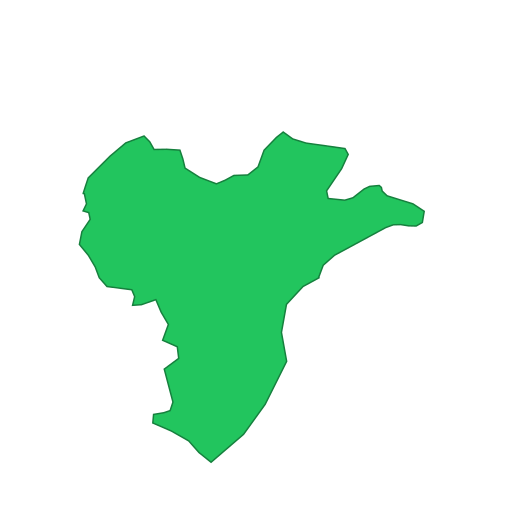 the border of Causeni, rotated 242°
{"feature_id": "MDA-1649", "entity_name": "Causeni", "entity_type": "District", "adm_level": 1, "iso_a3": "MDA", "parent_name": "Moldova", "parent_adm1": "", "projection": "equal_earth", "projection_center": [29.315, 46.605], "detail": "fine", "context": "isolated", "style": "filled", "palette": "green", "viewbox_px": 512, "rotation_deg": 242, "n_neighbors": 0, "source": "natural_earth", "source_scale": "10m", "svg_char_len": 1235}
<svg xmlns="http://www.w3.org/2000/svg" viewBox="0 0 512 512"><g transform="rotate(242 256 256)"><path d="M216.5,425.5L207.5,418.6L207.3,411.5L211.0,404.9L215.8,398.5L219.1,391.9L220.2,383.8L219.8,325.7L216.3,311.0L207.8,301.4L207.2,301.4L207.2,301.2L207.0,283.2L199.0,260.2L176.6,242.6L148.6,233.6L120.7,194.4L104.4,161.3L95.0,119.5L109.2,113.4L124.3,109.8L141.2,99.1L157.0,86.5L164.2,91.2L160.9,101.0L159.8,107.6L166.0,114.1L199.2,121.9L201.9,139.7L212.8,143.9L225.4,134.0L236.7,146.5L250.9,145.9L264.5,147.1L266.8,132.0L270.4,123.9L277.1,129.8L284.5,130.5L299.0,110.1L310.4,107.4L321.8,108.9L335.3,108.3L349.1,105.5L359.2,113.7L366.2,126.8L372.8,128.7L377.0,124.5L381.6,130.8L391.6,133.7L392.3,132.8L392.6,133.0L397.5,138.0L403.7,144.5L412.7,174.1L417.0,194.1L414.5,213.5L406.7,215.8L397.9,216.0L392.1,227.3L385.2,238.5L376.2,237.0L366.9,234.6L351.9,243.1L338.3,254.9L337.4,264.4L337.5,274.3L331.4,286.8L333.7,299.6L345.6,312.8L351.1,329.7L352.6,337.9L352.7,338.2L342.1,343.4L332.2,353.2L309.1,385.0L302.4,385.1L292.9,372.6L280.4,348.9L272.9,346.7L263.6,360.6L261.9,369.0L264.4,382.9L264.1,389.1L260.4,397.9L257.7,398.9L254.1,397.9L247.6,400.0L228.3,419.1L216.5,425.5Z" fill="#22c55e" stroke="#15803d" stroke-width="1.5"/></g></svg>